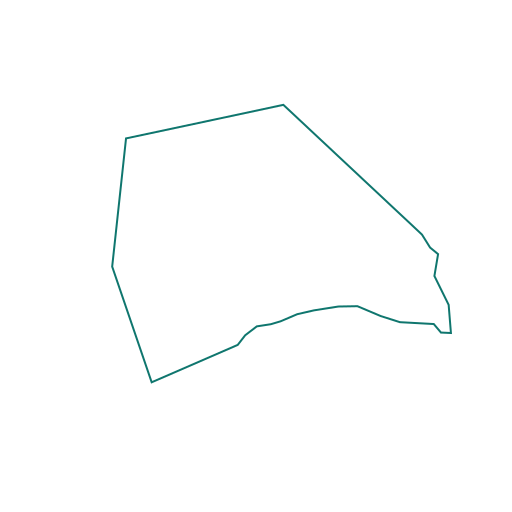 outline of Cenac, Soufrière, Saint Lucia, rotated 238°
{"feature_id": "8701671B19367701502123", "entity_name": "Cenac", "entity_type": "district", "adm_level": 2, "iso_a3": "LCA", "parent_name": "Saint Lucia", "parent_adm1": "Soufrière", "projection": "natural_earth1", "projection_center": [-61.044, 13.872], "detail": "fine", "context": "isolated", "style": "outline", "palette": "teal", "viewbox_px": 512, "rotation_deg": 238, "n_neighbors": 0, "source": "geoboundaries", "source_scale": "gbopen_adm2", "svg_char_len": 487}
<svg xmlns="http://www.w3.org/2000/svg" viewBox="0 0 512 512"><g transform="rotate(238 256 256)"><path d="M204.2,100.6L190.3,193.4L194.5,204.8L195.9,219.4L190.3,232.4L187.6,242.2L184.8,260.1L179.2,276.3L169.5,299.1L159.7,315.4L138.9,330.0L123.6,343.0L104.1,370.7L93.0,372.3L92.3,373.4L87.4,380.5L112.5,393.5L144.5,396.7L161.1,411.4L170.9,408.1L186.2,408.1L196.8,405.3L369.7,359.3L394.1,292.0L424.6,208.1L323.2,128.4L204.2,100.6Z" fill="none" stroke="#0f766e" stroke-width="2"/></g></svg>